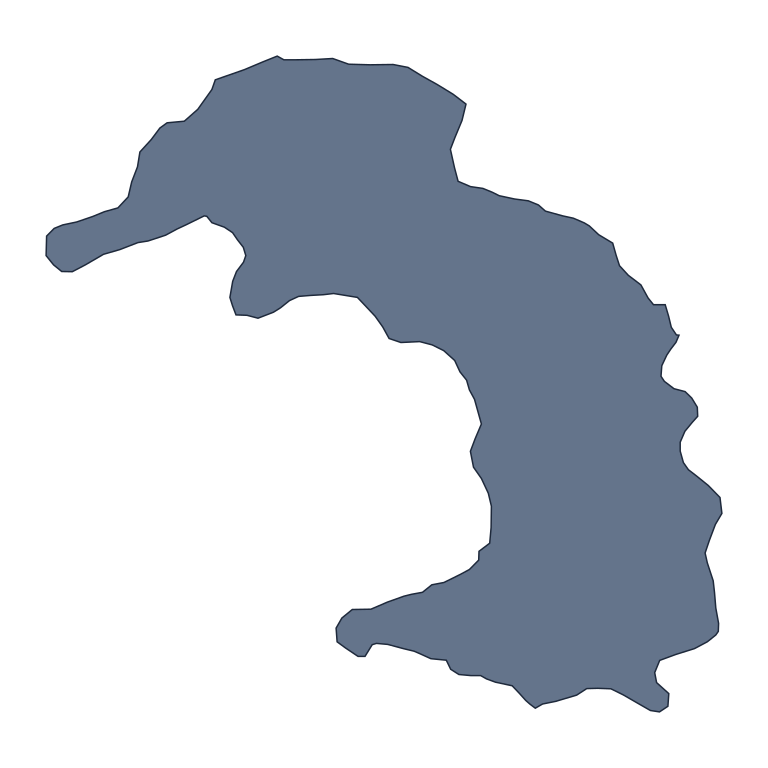 the district of Sabirabad District, Sabirabad, Azerbaijan
{"feature_id": "54616110B21396185337631", "entity_name": "Sabirabad District", "entity_type": "district", "adm_level": 2, "iso_a3": "AZE", "parent_name": "Azerbaijan", "parent_adm1": "Sabirabad", "projection": "robinson", "projection_center": [48.66, 39.895], "detail": "fine", "context": "isolated", "style": "filled", "palette": "slate", "viewbox_px": 768, "rotation_deg": 0, "n_neighbors": 0, "source": "geoboundaries", "source_scale": "gbopen_adm2", "svg_char_len": 2670}
<svg xmlns="http://www.w3.org/2000/svg" viewBox="0 0 768 768"><path d="M277.2,56.1L262.8,61.9L244.5,69.6L215.3,79.8L211.9,89.5L197.8,109.3L184.3,121.2L167.1,122.8L159.9,128.0L151.3,139.5L139.9,152.0L137.5,166.8L131.7,181.9L128.2,196.9L117.9,207.9L104.4,211.7L92.7,216.5L76.6,222.0L62.8,224.9L54.2,228.4L53.9,228.7L46.6,236.1L46.1,255.6L51.0,261.7L53.6,264.9L61.7,271.5L72.3,271.7L85.3,264.9L103.5,254.3L119.8,249.6L137.9,242.6L148.0,241.0L165.6,235.2L177.1,229.0L186.3,224.7L204.2,215.9L206.8,216.3L211.9,222.7L224.4,227.2L232.6,232.7L237.4,239.7L243.3,247.3L245.8,255.6L243.5,262.2L236.5,271.5L232.7,281.3L229.9,297.4L232.5,305.7L236.0,314.9L247.0,315.3L258.0,318.2L273.5,312.2L280.5,307.8L289.5,300.6L298.6,296.4L310.9,295.4L323.4,294.7L333.6,293.5L357.4,297.4L362.9,303.2L375.2,316.3L382.7,326.9L389.1,338.5L400.9,342.5L419.7,341.6L432.2,344.9L443.7,350.6L454.7,360.5L460.0,371.9L466.6,380.2L469.4,389.9L474.5,399.3L481.4,424.0L475.2,438.6L470.4,451.3L473.5,467.2L481.4,478.5L488.3,493.2L491.4,506.2L491.1,527.6L489.7,543.2L479.0,551.3L478.7,560.1L469.4,569.5L459.7,574.7L443.9,582.5L431.8,584.8L422.5,592.3L411.5,594.3L403.9,596.2L387.4,602.1L370.9,609.2L352.3,609.5L341.9,618.0L336.1,628.1L337.1,641.8L345.4,647.9L357.6,656.1L358.1,656.4L365.0,656.4L372.2,644.7L376.4,643.4L387.7,644.4L403.3,648.6L414.1,651.2L419.9,653.7L430.9,658.7L446.3,660.2L450.7,669.3L458.9,674.5L471.0,675.6L480.7,675.6L486.5,678.9L495.5,682.2L512.3,685.8L512.6,686.2L519.5,693.5L525.7,700.4L529.9,704.1L535.3,708.2L542.6,704.0L556.0,701.3L558.9,700.4L576.7,695.1L586.7,688.6L597.7,688.3L610.9,688.8L623.1,694.8L637.5,703.1L650.4,710.5L659.5,711.9L667.9,706.3L668.8,693.6L656.6,682.6L654.7,672.6L659.7,660.4L675.7,654.5L694.5,648.6L707.3,641.8L715.8,635.0L718.3,631.4L718.6,623.4L715.8,608.0L714.5,592.4L713.2,580.8L707.3,562.8L705.1,553.0L709.4,540.3L715.4,524.4L721.9,513.4L720.0,497.5L708.4,485.6L696.8,476.2L688.4,469.7L683.4,462.6L680.2,451.1L680.2,442.2L684.9,431.3L692.4,422.2L697.7,416.3L697.3,407.2L691.7,398.0L685.1,391.6L674.0,388.7L664.4,381.4L661.0,376.3L661.8,365.7L666.8,355.1L670.8,349.1L676.0,342.3L679.0,335.2L676.4,334.9L671.3,327.3L668.6,316.2L665.2,304.7L653.5,304.7L648.1,298.0L640.9,284.9L628.3,275.3L619.5,265.7L616.1,255.2L612.7,243.1L598.7,234.7L589.3,225.9L584.3,222.9L573.4,218.2L562.4,215.8L545.4,211.1L538.5,205.0L528.3,200.8L514.6,199.0L499.2,195.7L492.4,192.3L482.9,188.4L470.5,186.6L458.1,181.3L454.5,167.7L450.4,149.3L454.9,137.6L462.0,120.5L466.0,104.1L453.2,94.3L437.2,84.5L422.3,76.2L408.0,67.4L393.1,64.5L370.1,64.8L348.7,64.2L332.7,58.5L315.5,59.5L295.4,59.8L294.1,59.8L283.9,59.8L277.2,56.1Z" fill="#64748b" stroke="#1e293b" stroke-width="1.5"/></svg>